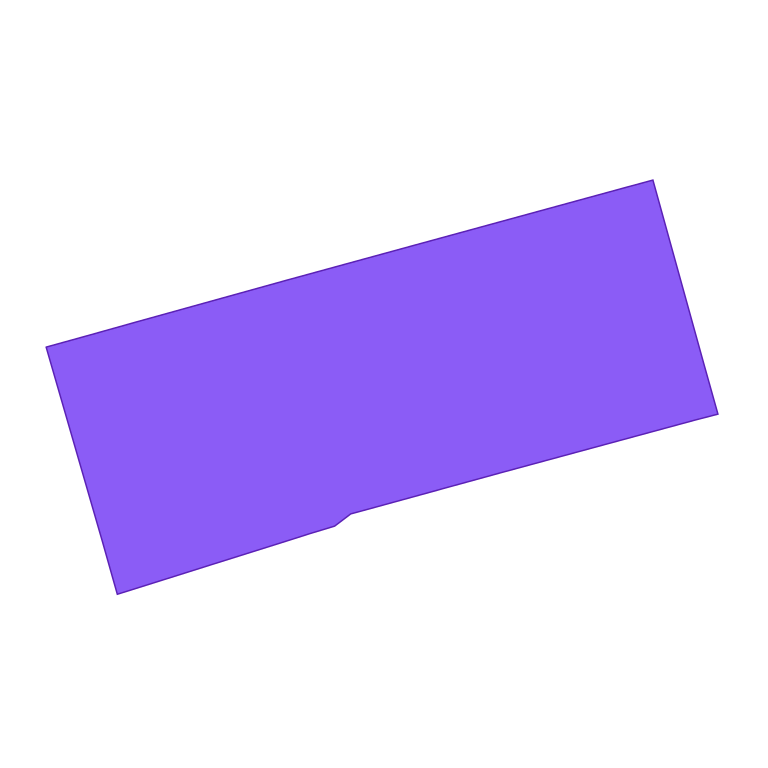 Valcheta, Río Negro, Argentina (Albers equal-area conic projection), rotated 74°
{"feature_id": "61730980B79261334873375", "entity_name": "Valcheta", "entity_type": "district", "adm_level": 2, "iso_a3": "ARG", "parent_name": "Argentina", "parent_adm1": "Río Negro", "projection": "albers", "projection_center": [-66.153, -40.955], "detail": "fine", "context": "isolated", "style": "filled", "palette": "violet", "viewbox_px": 768, "rotation_deg": 74, "n_neighbors": 0, "source": "geoboundaries", "source_scale": "gbopen_adm2", "svg_char_len": 513}
<svg xmlns="http://www.w3.org/2000/svg" viewBox="0 0 768 768"><g transform="rotate(74 384 384)"><path d="M512.6,698.3L512.6,698.0L512.6,697.8L511.4,650.0L510.1,600.2L508.0,517.0L507.4,497.0L507.0,470.6L500.1,452.8L499.7,451.9L499.8,446.0L500.8,361.0L500.8,356.8L500.9,349.0L501.5,296.2L504.4,95.4L505.0,71.3L452.9,71.0L262.1,69.3L261.7,95.8L259.0,315.4L257.4,448.1L256.1,604.6L255.9,639.3L255.8,656.4L255.4,698.1L255.5,698.6L457.6,698.1L512.6,698.3Z" fill="#8b5cf6" stroke="#5b21b6" stroke-width="1.5"/></g></svg>